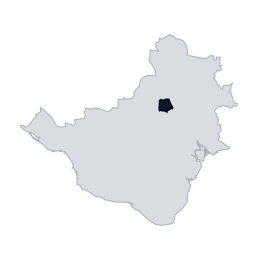 Apuí, Amazonas, Brazil shown in context, rotated 93°
{"feature_id": "56859067B24093092109347", "entity_name": "Apuí", "entity_type": "district", "adm_level": 2, "iso_a3": "BRA", "parent_name": "Brazil", "parent_adm1": "Amazonas", "projection": "robinson", "projection_center": [-59.713, -7.593], "detail": "fine", "context": "in_parent", "style": "filled", "palette": "ink", "viewbox_px": 256, "rotation_deg": 93, "n_neighbors": 0, "source": "geoboundaries", "source_scale": "gbopen_adm2", "svg_char_len": 5364}
<svg xmlns="http://www.w3.org/2000/svg" viewBox="0 0 256 256"><g transform="rotate(93 128 128)"><path d="M67.1,42.4L69.7,44.9L73.0,43.7L74.0,45.4L75.8,43.1L80.2,40.7L81.2,38.5L84.0,37.3L84.2,35.8L81.0,35.3L80.1,29.3L77.4,25.5L81.1,27.5L84.4,27.4L86.8,29.3L87.5,27.0L95.8,24.1L97.7,22.1L97.6,20.3L100.0,20.2L100.8,21.1L100.0,24.1L102.2,25.0L102.9,27.4L101.4,29.3L100.8,34.3L102.4,39.5L106.3,42.5L108.0,42.1L108.8,40.4L110.3,40.8L114.8,38.0L120.4,38.9L119.6,36.7L120.5,35.2L121.6,35.9L125.2,34.8L129.4,37.5L131.2,36.2L135.1,37.1L142.4,25.3L143.6,26.5L146.1,37.4L147.3,39.1L149.8,40.0L150.1,42.7L145.9,48.0L143.3,49.7L139.9,56.7L136.6,57.8L140.1,58.0L145.2,54.4L146.2,58.9L147.6,60.3L152.9,58.8L151.3,63.9L153.4,59.8L155.9,57.4L157.1,58.1L157.6,57.4L157.1,55.5L158.8,53.3L162.9,52.8L171.7,56.7L172.4,58.7L173.6,57.3L175.7,58.8L176.2,60.5L175.2,61.7L175.6,62.3L176.7,61.2L177.0,62.3L176.0,63.4L175.3,66.9L176.7,65.5L177.7,62.8L177.9,64.7L181.9,62.3L191.1,65.3L198.5,65.0L205.8,69.7L212.1,76.3L220.0,77.5L221.5,80.0L223.5,89.5L222.6,95.7L219.4,101.9L210.7,112.3L210.7,111.4L209.0,116.1L206.2,120.2L205.0,120.8L204.1,119.0L203.3,119.9L202.0,124.3L202.7,136.9L201.0,144.2L201.1,147.1L198.7,150.1L197.8,157.4L191.9,166.6L191.6,170.8L188.2,172.6L186.5,176.1L182.1,176.2L181.2,174.9L180.8,176.3L174.1,176.7L174.3,177.9L170.0,180.8L167.6,180.8L163.3,183.2L157.9,187.6L156.8,189.7L155.9,188.9L155.5,189.9L154.3,189.5L155.8,190.7L154.5,192.1L154.1,194.5L154.9,199.6L153.5,207.2L149.0,211.6L143.2,222.1L137.8,226.8L137.8,225.2L141.5,223.3L144.9,217.5L145.0,216.5L142.8,217.1L141.6,215.3L142.2,217.1L141.6,219.3L138.3,222.7L137.2,225.5L137.4,227.1L134.9,232.4L131.5,235.8L130.7,235.3L130.8,232.6L132.7,230.2L129.8,226.5L123.3,222.2L121.3,219.8L119.5,221.1L119.3,219.4L115.6,215.7L113.8,216.7L112.0,216.1L120.1,206.1L121.1,206.1L120.9,205.2L129.9,199.2L130.8,194.2L129.2,190.6L126.3,190.6L128.2,182.2L126.4,180.9L122.6,181.6L120.8,172.8L117.7,171.3L115.4,172.4L110.4,171.1L111.1,165.3L109.6,160.7L111.0,159.7L109.7,158.4L112.8,149.9L111.2,146.0L108.5,144.5L108.7,139.2L99.9,139.2L99.6,134.8L97.9,132.7L99.4,132.6L98.3,125.4L95.5,123.8L92.1,124.0L85.9,119.2L79.3,118.0L76.5,115.4L74.6,111.4L74.5,102.9L68.8,103.9L58.9,110.6L55.9,109.8L49.0,110.1L49.5,101.4L46.1,104.3L41.5,104.5L40.5,101.8L36.5,101.2L37.6,98.9L32.5,91.0L33.9,89.6L33.7,87.4L36.7,84.9L36.2,82.9L37.9,77.5L42.9,74.1L48.0,72.3L52.1,73.0L54.8,55.8L53.7,52.0L51.5,49.9L51.6,46.0L56.0,45.5L55.3,43.4L52.6,43.3L52.6,39.7L60.8,39.7L60.7,38.2L62.0,39.5L64.6,37.5L66.0,39.8L66.1,42.6L67.1,42.4ZM148.4,49.8L157.4,50.8L155.3,56.9L153.6,57.0L153.3,58.0L152.0,57.5L150.5,59.1L147.1,59.1L145.9,56.0L146.7,55.3L145.7,54.2L146.4,50.7L148.4,49.8ZM140.6,57.1L142.0,52.8L143.4,52.2L143.3,54.8L140.6,57.1ZM150.9,47.7L150.0,49.3L147.9,48.9L148.2,47.9L150.9,47.7ZM147.8,45.9L147.4,49.2L146.5,48.9L147.8,45.9ZM152.3,49.8L151.0,50.0L150.4,49.7L152.0,48.7L152.3,49.8ZM146.4,49.9L145.1,51.0L144.5,50.4L145.5,49.5L146.4,49.9ZM148.8,47.0L148.2,46.3L149.3,45.7L149.4,46.3L148.8,47.0ZM148.1,38.5L147.3,38.6L147.2,37.4L147.9,37.3L148.1,38.5ZM155.1,202.7L154.9,201.7L155.5,200.7L155.7,201.0L155.1,202.7ZM170.8,180.4L171.0,181.6L170.1,181.3L170.8,180.4ZM154.8,195.2L154.5,194.6L155.1,193.9L155.3,194.2L154.8,195.2ZM176.5,64.7L175.9,66.0L176.5,64.2L176.5,64.7ZM204.5,121.0L203.6,121.4L204.2,120.4L204.5,121.0ZM176.5,177.2L175.5,177.6L175.4,177.3L175.9,176.8L176.5,177.2ZM202.9,123.3L202.6,124.0L202.4,123.5L202.9,123.3ZM174.1,56.2L174.1,56.9L173.9,56.8L174.1,56.2Z" fill="#d9dde1" stroke="#a8b0b8" stroke-width="1"/><path d="M98.5,95.1L98.5,95.3L98.5,95.5L98.4,95.6L98.3,95.8L98.3,96.0L98.2,96.1L98.3,96.1L98.2,96.2L98.2,96.3L98.3,96.4L98.2,96.5L98.3,96.6L98.5,96.6L98.4,96.7L98.4,96.8L98.5,96.8L98.6,97.0L98.8,97.1L98.7,97.1L98.7,97.3L98.7,97.2L98.7,97.3L98.7,97.5L98.8,97.6L98.7,97.7L98.7,97.8L100.7,97.9L105.0,97.9L108.3,97.8L108.6,97.7L108.8,97.5L108.9,97.4L108.6,97.3L108.4,97.4L108.4,97.2L108.5,97.0L108.5,96.9L108.6,96.7L108.5,96.4L108.4,96.3L108.4,96.2L108.5,96.0L108.5,95.9L108.7,95.6L108.8,95.5L108.8,95.4L108.9,95.2L108.9,94.9L108.9,94.7L108.9,94.4L109.1,94.2L109.1,93.9L108.9,93.6L108.9,93.4L108.7,93.1L108.7,92.9L108.7,92.7L108.7,92.4L108.8,92.4L109.0,92.2L109.1,91.8L109.2,91.6L109.3,91.5L109.4,91.4L109.5,91.4L109.5,91.2L109.4,91.0L109.4,90.9L109.4,90.6L109.4,90.4L109.5,90.3L109.6,90.1L109.8,89.9L108.0,89.8L107.8,89.8L107.8,89.7L107.7,89.6L107.8,89.4L107.9,89.2L107.7,89.0L107.8,89.0L107.9,88.9L107.9,88.6L108.0,88.6L108.1,88.3L108.1,88.2L107.9,88.2L107.7,88.1L107.5,87.9L107.4,87.9L107.3,87.7L107.2,87.6L107.0,87.4L106.9,87.3L106.8,87.2L106.7,87.1L106.6,86.9L106.6,86.7L106.4,86.5L106.4,86.4L106.2,86.1L106.2,85.9L106.3,85.9L106.2,85.7L106.3,85.5L106.3,85.4L106.3,85.2L106.4,84.9L106.4,84.7L105.6,84.5L105.2,84.5L104.2,85.2L103.2,85.8L101.4,86.9L100.1,87.4L97.3,88.7L97.4,88.8L97.5,88.8L97.6,89.0L97.6,89.3L97.6,89.5L97.6,89.8L97.6,90.2L97.6,90.3L97.6,90.5L97.5,90.8L97.4,90.8L97.5,91.0L97.4,91.1L97.4,91.3L97.5,91.3L97.5,91.5L97.4,91.6L97.5,91.7L97.6,91.8L97.8,91.8L98.0,92.0L97.9,92.2L98.0,92.2L98.0,92.3L98.1,92.5L98.2,92.8L98.2,93.0L98.3,93.1L98.2,93.1L98.3,93.2L98.3,93.3L98.4,93.5L98.5,93.5L98.4,93.6L98.5,93.7L98.5,93.8L98.6,94.0L98.6,94.3L98.5,94.5L98.4,94.5L98.5,94.5L98.5,94.8L98.4,94.7L98.4,94.8L98.5,94.9L98.5,95.0L98.4,94.9L98.4,95.0L98.5,95.1L98.5,95.1Z" fill="#0f172a" stroke="#020617" stroke-width="1.5"/></g></svg>